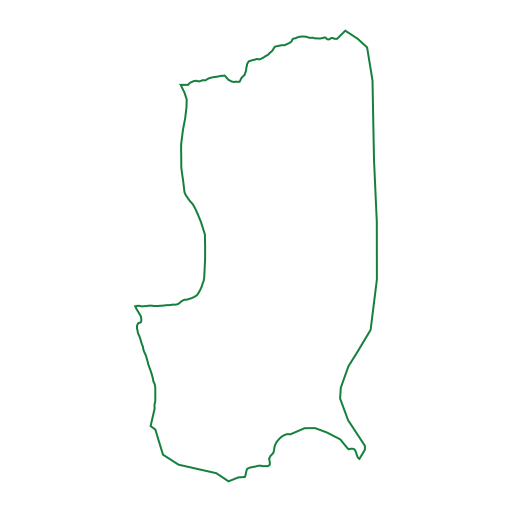 the district of Arhab, Sana'a, Yemen
{"feature_id": "15242507B7161166402599", "entity_name": "Arhab", "entity_type": "district", "adm_level": 2, "iso_a3": "YEM", "parent_name": "Yemen", "parent_adm1": "Sana'a", "projection": "robinson", "projection_center": [44.216, 15.8], "detail": "fine", "context": "isolated", "style": "outline", "palette": "green", "viewbox_px": 512, "rotation_deg": 0, "n_neighbors": 0, "source": "geoboundaries", "source_scale": "gbopen_adm2", "svg_char_len": 5894}
<svg xmlns="http://www.w3.org/2000/svg" viewBox="0 0 512 512"><path d="M359.4,458.9L364.9,449.7L364.9,445.8L350.4,423.7L348.2,420.5L340.1,398.5L340.8,387.7L347.6,368.6L348.6,366.0L357.6,351.6L370.6,329.9L376.9,279.4L376.8,221.8L374.0,159.8L372.5,80.5L367.1,47.4L357.7,38.8L345.3,30.7L337.2,38.7L336.4,38.9L335.5,38.9L334.0,38.6L333.3,38.3L332.6,38.0L331.8,38.0L331.1,38.1L330.3,38.6L329.7,39.2L328.9,39.4L328.2,39.4L327.4,39.3L326.7,38.9L325.7,37.7L325.0,37.5L324.3,37.5L323.5,37.8L322.8,38.1L322.0,38.1L321.2,38.3L320.4,38.5L318.8,38.5L318.0,38.4L316.5,38.4L314.8,38.3L314.1,38.1L313.4,37.9L312.7,37.7L311.1,37.8L310.3,37.8L309.5,37.8L308.7,37.6L306.4,36.8L305.6,36.7L304.8,36.6L304.1,36.5L303.3,36.5L302.6,36.5L301.6,36.5L300.7,36.7L300.0,36.8L299.2,36.8L298.3,37.1L297.4,37.4L296.7,37.7L295.2,38.3L294.5,38.5L293.7,38.6L292.9,38.9L292.4,39.4L292.1,40.1L291.8,41.0L291.3,41.6L290.7,42.1L289.9,42.7L289.1,43.1L288.1,43.6L286.3,44.4L285.4,44.8L284.7,45.2L283.8,45.2L283.0,45.1L282.2,45.2L281.3,45.3L280.3,45.5L279.3,45.7L278.6,45.9L277.8,46.1L276.9,46.2L275.9,46.4L275.1,46.7L274.4,47.3L274.0,48.0L273.5,48.8L273.0,49.6L272.6,50.4L272.0,51.0L271.4,51.6L270.8,52.1L270.1,52.6L269.5,53.2L268.9,53.9L268.3,54.5L267.6,55.0L266.2,55.8L265.4,56.2L264.0,57.2L263.4,57.6L261.8,58.4L261.0,58.8L260.2,59.1L259.5,59.3L258.7,59.4L258.0,59.1L257.2,59.0L256.4,59.1L254.7,59.7L253.1,60.0L251.4,60.5L250.7,60.7L249.8,61.0L249.0,61.2L248.4,61.9L247.9,62.7L247.5,63.4L247.0,64.3L247.0,65.1L246.9,65.9L246.6,66.6L246.4,67.5L246.3,68.4L246.2,69.3L246.1,70.1L245.9,71.0L245.4,72.5L245.1,73.3L244.8,74.1L244.5,75.0L243.9,75.5L243.3,76.1L242.7,76.6L242.1,77.3L241.6,77.8L241.2,78.4L240.5,80.0L240.0,80.9L239.7,81.6L239.0,81.9L236.7,81.8L235.9,81.6L234.5,82.0L231.9,81.6L228.4,79.8L224.6,75.5L224.2,75.6L223.4,75.8L222.5,75.8L221.7,75.8L220.9,75.9L220.1,76.1L219.4,76.2L218.6,76.4L217.9,76.5L217.0,76.7L216.3,76.8L215.3,76.9L214.6,77.0L213.8,77.1L213.1,77.3L212.1,77.4L211.3,77.6L208.9,78.3L207.5,79.0L206.9,79.4L206.2,79.9L205.4,80.3L204.7,80.4L203.9,80.3L203.1,80.1L202.4,80.4L200.9,80.8L200.1,81.1L199.4,81.3L198.5,81.3L197.7,81.1L196.9,81.1L196.2,80.8L195.3,80.8L194.5,81.0L193.8,81.1L193.1,81.4L190.8,82.4L190.1,82.8L189.5,83.3L188.9,83.8L188.4,84.4L188.1,84.9L180.7,84.9L184.6,92.9L186.7,99.5L186.5,106.9L185.2,118.2L183.0,129.6L181.2,143.6L181.1,152.0L181.2,153.5L181.3,167.9L183.3,182.1L184.5,192.3L185.8,195.2L189.7,200.8L192.7,204.1L195.3,208.7L197.8,214.3L201.0,222.1L204.9,234.5L205.1,245.9L205.1,259.2L204.2,277.7L203.7,280.7L203.5,281.3L203.1,282.3L202.8,283.1L202.5,283.9L202.2,284.7L202.0,285.7L201.7,286.6L201.4,287.3L201.0,288.0L200.7,289.0L200.3,289.7L199.9,290.4L199.5,291.2L198.9,292.2L197.9,293.9L197.4,294.6L196.8,295.3L196.0,295.8L195.3,296.3L194.6,296.7L193.9,297.1L193.2,297.5L190.8,298.4L190.0,298.7L189.3,298.9L188.5,299.2L186.8,299.7L185.3,299.7L184.5,299.8L183.7,300.1L183.0,300.4L182.3,300.9L181.6,301.2L180.9,301.7L180.3,302.3L179.6,302.9L179.0,303.4L178.4,303.8L176.9,304.4L176.2,304.5L175.5,304.7L173.7,304.7L172.9,304.6L172.2,304.7L171.5,304.8L170.6,305.0L169.9,305.1L168.4,305.1L167.6,305.1L166.8,305.2L165.9,305.2L165.2,305.4L164.1,305.5L163.0,305.6L162.1,305.7L161.2,305.7L160.5,305.8L159.7,305.8L158.8,305.9L157.9,306.0L157.1,306.0L154.4,306.0L153.7,306.0L153.0,305.8L152.1,305.7L151.4,305.7L150.6,305.7L149.0,305.7L148.2,305.8L147.3,305.9L146.3,306.1L145.5,306.1L144.6,306.1L142.9,306.3L142.1,306.3L141.4,306.3L140.7,306.2L139.8,306.0L139.1,305.8L137.6,305.8L136.7,306.0L135.9,306.2L135.2,306.3L136.4,308.8L140.3,315.3L141.1,317.0L141.3,320.5L141.1,321.8L140.7,322.3L140.1,322.7L139.3,322.8L138.6,322.9L138.1,323.5L137.6,324.3L137.0,325.9L137.0,328.5L137.1,329.0L137.4,330.0L137.6,330.8L137.7,331.7L137.9,332.6L138.1,333.4L138.5,334.3L138.9,335.1L139.2,335.8L139.5,336.6L140.1,338.4L140.4,339.1L140.6,340.0L140.9,340.9L141.4,342.8L141.7,343.5L141.9,344.3L142.6,345.9L142.9,346.6L143.0,347.6L143.2,348.7L143.6,350.2L143.9,351.1L144.2,351.9L144.6,352.7L145.3,354.3L145.7,355.1L146.0,355.8L146.3,356.8L146.5,357.7L147.4,360.7L147.6,361.6L147.9,362.5L148.2,364.2L148.5,364.9L149.1,366.6L149.4,367.5L149.7,368.3L150.0,369.0L150.2,369.7L150.6,370.6L150.9,371.6L151.1,372.4L151.4,373.1L152.0,375.0L152.1,375.7L152.4,376.8L152.8,378.0L153.0,379.0L153.1,379.8L153.2,380.6L153.4,381.4L153.8,382.2L154.2,383.1L154.6,384.0L154.8,384.8L155.0,385.7L155.1,386.6L155.3,388.3L155.3,390.0L155.3,390.9L155.3,394.0L155.3,394.8L155.3,395.6L155.3,397.4L155.3,398.2L155.3,399.0L155.3,400.6L155.2,401.4L155.1,402.5L154.8,403.3L154.5,404.1L154.5,404.9L154.5,407.0L154.6,408.0L154.6,408.7L150.6,426.1L155.3,429.5L156.4,433.0L157.7,437.4L162.9,454.4L163.0,454.7L178.6,464.7L216.3,473.2L228.5,481.3L231.6,480.1L238.4,477.4L244.8,477.0L245.2,476.0L245.5,475.3L245.8,473.7L246.0,472.7L246.4,471.1L246.6,470.3L246.8,469.6L247.2,468.9L247.8,468.5L248.7,468.1L250.1,467.5L250.7,467.4L251.5,467.3L252.3,467.1L253.0,467.0L253.7,466.9L254.6,466.6L255.3,466.6L255.9,466.4L256.9,466.1L257.7,465.9L258.4,465.8L259.3,465.7L260.7,465.7L261.4,465.8L262.0,466.1L268.0,466.1L269.7,464.9L269.8,464.5L269.8,462.2L269.1,458.7L269.9,457.2L270.4,456.0L273.3,453.0L273.3,452.8L273.5,452.0L273.8,451.2L274.0,450.4L274.3,448.5L274.4,447.7L274.6,446.9L274.7,446.1L275.0,445.3L275.3,444.5L275.7,443.7L276.2,442.8L276.6,442.1L277.1,441.4L277.7,440.6L278.4,439.9L278.9,439.3L279.4,438.7L280.2,438.0L280.9,437.3L281.5,436.8L282.9,435.9L283.5,435.5L284.3,435.2L285.0,434.8L285.7,434.6L286.5,434.3L287.3,434.2L288.1,434.1L288.7,434.2L288.9,434.1L290.2,434.4L304.6,428.2L315.0,428.1L326.7,432.4L340.3,439.4L347.2,447.9L348.6,449.3L349.1,449.1L349.8,449.0L350.5,448.8L352.0,448.7L352.7,448.8L353.4,449.0L354.0,449.1L354.5,449.6L355.1,450.3L355.5,451.1L355.9,452.0L356.4,453.5L356.6,454.3L356.8,455.1L357.2,455.9L357.3,456.3L357.6,457.0L358.0,457.7L358.6,458.3L359.1,458.7L359.4,458.9Z" fill="none" stroke="#15803d" stroke-width="2"/></svg>